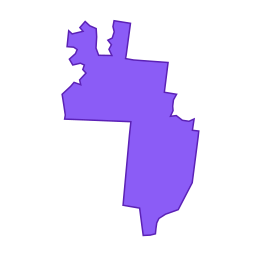 the district of Imigrante, Rio Grande do Sul, Brazil, rotated 277°
{"feature_id": "56859067B16488367514082", "entity_name": "Imigrante", "entity_type": "district", "adm_level": 2, "iso_a3": "BRA", "parent_name": "Brazil", "parent_adm1": "Rio Grande do Sul", "projection": "mercator", "projection_center": [-51.758, -29.341], "detail": "fine", "context": "isolated", "style": "filled", "palette": "violet", "viewbox_px": 256, "rotation_deg": 277, "n_neighbors": 0, "source": "geoboundaries", "source_scale": "gbopen_adm2", "svg_char_len": 991}
<svg xmlns="http://www.w3.org/2000/svg" viewBox="0 0 256 256"><g transform="rotate(277 128 128)"><path d="M228.5,72.5L221.8,68.0L218.5,71.6L214.6,61.1L217.3,57.3L201.3,57.6L201.6,64.2L199.7,68.0L195.4,66.8L189.2,61.4L183.8,65.5L186.5,72.9L185.2,77.0L180.5,76.0L177.4,79.6L169.8,74.1L165.2,75.8L166.7,68.9L162.5,66.1L153.4,58.5L143.3,61.4L133.2,64.2L129.1,64.0L130.7,82.6L134.6,130.1L121.4,130.3L60.4,132.2L50.7,132.5L49.9,149.3L23.2,156.2L24.4,163.1L26.3,168.1L32.0,168.0L37.3,168.1L42.0,169.7L47.0,175.7L53.1,187.8L81.5,198.4L110.8,198.6L127.8,198.7L133.6,198.6L133.6,192.2L145.0,192.5L142.1,187.7L142.3,181.0L146.2,174.4L144.8,168.7L150.7,170.6L155.1,169.7L161.5,169.7L167.4,172.1L167.9,159.7L197.9,159.8L196.7,135.8L196.2,125.3L196.6,117.1L200.4,117.3L232.2,117.7L232.8,101.1L226.8,100.7L221.8,102.6L215.4,101.4L212.7,97.3L208.6,101.4L203.8,99.5L198.0,103.2L196.6,90.0L203.4,86.5L214.6,85.8L222.8,84.3L224.8,77.6L228.5,72.5Z" fill="#8b5cf6" stroke="#5b21b6" stroke-width="1.5"/></g></svg>